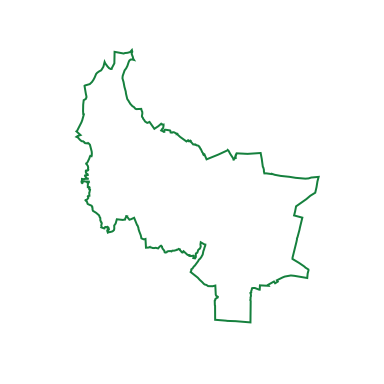 the district of Husi, Vaslui, Romania, rotated 21°
{"feature_id": "2599482B45032832471222", "entity_name": "Husi", "entity_type": "district", "adm_level": 2, "iso_a3": "ROU", "parent_name": "Romania", "parent_adm1": "Vaslui", "projection": "mercator", "projection_center": [28.068, 46.676], "detail": "fine", "context": "isolated", "style": "outline", "palette": "green", "viewbox_px": 384, "rotation_deg": 21, "n_neighbors": 0, "source": "geoboundaries", "source_scale": "gbopen_adm2", "svg_char_len": 5967}
<svg xmlns="http://www.w3.org/2000/svg" viewBox="0 0 384 384"><g transform="rotate(21 192 192)"><path d="M128.0,260.1L128.7,259.3L129.5,259.0L131.6,257.5L132.3,256.6L132.8,255.4L132.6,254.1L131.4,251.2L132.0,248.8L131.6,244.4L137.3,242.9L139.4,241.7L139.2,240.7L139.4,239.0L139.2,238.1L139.4,238.0L139.8,238.2L140.2,238.0L140.3,238.4L143.5,240.3L144.9,239.2L147.2,236.8L152.6,242.6L153.1,242.7L154.9,244.8L155.3,245.7L156.9,247.7L159.7,250.8L161.4,253.4L163.8,253.5L164.5,253.2L165.4,252.5L169.0,260.5L171.4,259.4L172.2,258.6L172.3,258.8L173.8,258.4L175.3,258.4L176.8,257.9L178.1,257.1L180.6,256.8L181.1,255.3L182.0,253.5L182.4,253.2L183.6,253.8L183.8,254.3L184.8,255.4L187.1,256.7L188.1,258.1L188.8,258.1L189.9,257.4L190.3,256.3L191.4,255.6L193.0,254.9L194.2,254.8L194.5,254.0L194.7,253.8L196.3,253.2L198.1,251.9L198.4,251.4L199.2,251.1L199.9,249.9L201.3,249.9L201.6,250.6L203.4,251.4L203.8,251.8L204.6,252.0L205.0,251.8L205.1,250.8L205.3,250.3L210.4,252.3L212.3,251.8L212.5,252.6L214.0,252.2L216.2,250.9L216.5,251.0L216.8,251.8L216.9,253.2L218.6,252.9L218.9,251.4L217.7,248.4L217.7,247.9L218.7,246.8L218.6,243.9L219.0,242.9L219.4,242.6L219.7,241.8L219.7,239.8L218.7,238.0L218.2,235.8L222.5,236.5L223.3,236.3L223.6,237.3L223.6,239.7L223.8,241.0L223.8,243.1L224.4,246.6L224.1,248.4L224.0,249.4L223.4,251.5L222.7,252.7L222.5,254.4L221.0,259.8L220.4,260.9L219.9,263.2L219.1,264.3L219.1,264.8L219.5,265.5L219.4,267.2L228.1,269.9L230.6,271.2L233.9,272.5L235.9,273.5L237.0,273.8L238.8,273.6L240.8,274.1L245.0,272.6L247.3,271.0L251.0,279.4L251.8,280.2L253.7,280.6L253.8,281.3L252.8,282.4L252.1,283.8L252.3,284.1L252.4,285.1L252.2,285.4L253.9,289.5L254.3,289.9L259.4,303.0L269.3,300.1L271.4,299.6L278.9,297.0L293.3,292.8L285.8,272.6L285.1,272.0L285.1,271.0L284.5,269.7L284.3,267.9L283.5,266.2L282.7,265.4L283.3,264.6L282.8,263.4L282.8,261.8L282.5,260.4L283.2,259.8L285.0,259.1L289.7,259.1L290.2,258.9L288.9,254.8L297.2,252.1L296.3,251.4L300.6,246.2L302.3,247.4L304.2,244.9L302.9,244.0L307.1,239.4L308.9,237.7L314.2,234.5L317.5,233.6L330.4,231.0L329.2,226.7L328.8,223.2L328.4,222.6L324.8,221.9L324.1,221.5L322.7,221.1L317.2,219.8L309.8,218.5L309.4,217.4L307.4,201.3L307.0,198.7L306.6,197.7L306.7,196.5L305.9,188.8L305.5,186.5L304.2,176.4L295.7,177.3L295.2,173.1L294.3,168.1L301.3,157.7L303.8,153.1L307.3,148.5L306.5,142.8L305.3,137.1L304.8,132.5L298.1,135.8L296.0,137.5L293.1,138.9L283.8,141.6L277.6,142.9L269.0,145.2L263.0,146.3L260.0,146.4L260.0,146.7L254.6,148.0L252.9,148.7L251.8,147.1L251.1,145.4L249.8,143.6L249.1,143.1L245.2,136.0L242.1,131.0L230.2,136.5L219.8,139.9L219.9,142.2L220.0,143.2L221.0,145.5L219.7,143.7L219.8,145.5L219.4,146.4L219.3,147.7L219.0,146.4L217.9,145.5L214.0,142.7L211.2,140.3L210.3,140.0L210.3,140.3L203.1,147.7L193.9,156.3L190.1,152.4L189.5,153.2L188.8,152.6L188.2,151.7L187.4,151.3L184.9,148.8L184.6,148.8L183.4,147.7L182.9,147.5L182.8,147.2L181.9,146.7L180.8,146.5L179.6,146.8L178.3,146.4L178.0,146.8L177.5,146.6L176.1,147.2L173.4,145.7L172.5,145.6L172.3,145.3L172.5,144.8L172.0,144.6L170.8,145.8L170.2,145.7L170.0,145.2L169.8,145.1L168.7,146.8L161.1,144.8L157.8,143.5L157.7,143.0L157.5,142.9L156.8,143.5L156.5,143.0L153.7,142.7L152.8,143.0L152.6,143.3L151.9,143.6L151.9,143.8L150.7,144.1L149.7,142.5L149.4,142.4L144.8,143.4L144.1,143.8L144.3,144.9L144.6,145.7L144.0,146.0L143.1,145.7L141.2,145.6L141.6,143.7L142.1,142.6L141.7,140.3L141.3,139.3L140.8,139.7L140.1,139.4L139.3,139.8L138.7,139.4L137.0,142.6L134.2,146.5L127.2,141.8L125.7,143.4L125.3,143.5L122.9,143.0L121.5,141.9L120.1,141.1L119.4,140.2L118.7,139.9L118.1,139.2L117.9,138.5L117.6,136.8L116.9,135.1L115.7,133.9L114.8,132.6L110.5,134.5L109.4,134.6L107.3,133.5L105.6,133.2L102.6,131.7L101.6,130.8L100.6,130.2L100.1,129.6L98.6,128.7L98.1,128.2L95.1,123.8L94.1,121.9L91.2,118.0L88.7,113.9L86.8,111.4L86.3,110.7L85.7,108.5L85.5,102.6L86.2,100.2L86.5,97.4L86.3,93.6L86.4,91.8L87.2,90.4L88.6,89.7L90.5,89.5L89.3,88.6L88.5,87.3L86.1,84.6L86.0,82.5L85.0,81.0L84.1,83.5L82.0,85.1L79.6,86.3L78.6,87.2L69.5,88.9L73.4,99.7L72.8,104.7L72.9,105.9L72.0,106.3L70.2,106.1L68.2,105.1L64.9,103.0L63.8,101.9L64.4,106.8L63.8,110.1L63.5,111.1L62.2,112.5L60.8,114.6L60.2,116.1L60.1,119.8L59.8,122.5L59.2,125.1L57.9,127.9L53.9,130.9L53.6,131.4L57.8,138.5L59.2,140.6L59.6,141.8L59.4,142.7L59.5,143.2L58.0,145.1L59.1,149.4L61.3,155.5L62.4,157.9L62.5,158.2L63.2,158.2L63.8,164.3L63.8,166.6L62.8,176.2L62.4,176.8L67.5,178.8L65.2,180.7L64.4,181.9L66.0,182.0L68.6,183.4L70.7,184.1L72.3,183.7L72.6,183.9L73.5,184.0L73.9,184.5L74.7,184.7L77.2,184.0L77.4,183.5L78.5,183.8L79.8,184.5L83.8,190.1L84.6,191.7L85.4,194.1L85.4,194.6L84.1,194.7L84.0,195.5L84.1,197.6L83.8,201.4L83.6,202.3L83.1,203.2L82.3,203.3L83.7,203.8L85.4,205.0L86.3,206.3L86.4,207.1L87.2,208.3L87.2,208.7L86.8,209.0L86.9,209.3L86.6,209.6L85.9,209.6L85.3,210.0L85.3,210.4L85.9,211.7L86.4,212.3L88.3,212.9L88.6,213.5L86.3,214.7L86.2,215.1L86.8,215.8L88.1,216.3L88.8,216.9L89.4,217.1L90.9,216.6L87.4,218.1L86.4,218.8L84.6,219.2L85.1,220.7L85.1,221.8L85.4,222.0L85.6,222.8L86.3,223.1L86.5,222.9L86.5,221.4L87.2,220.7L88.9,220.4L90.2,219.9L90.3,220.3L90.7,220.7L91.4,220.8L91.2,219.8L91.4,219.5L92.7,218.9L92.3,219.4L91.9,220.9L92.2,222.8L93.0,224.8L94.3,224.2L94.6,224.3L95.0,224.9L94.7,225.7L94.8,226.0L95.1,226.3L96.0,226.4L96.1,226.8L96.1,227.7L96.4,228.7L96.3,229.4L96.5,230.0L97.6,232.3L96.3,233.2L96.3,233.5L97.1,234.3L97.3,234.7L96.7,236.8L95.5,237.7L95.5,237.9L97.6,238.9L98.7,240.4L99.2,240.6L103.2,240.8L104.3,241.7L104.2,241.9L105.2,243.3L105.4,244.0L106.3,245.1L110.0,245.8L113.6,247.1L114.9,248.6L115.5,248.9L116.1,250.0L116.5,251.2L116.9,251.5L117.6,252.5L118.0,252.5L118.6,253.3L118.8,253.3L119.1,253.9L119.2,255.6L120.1,257.0L120.0,257.5L123.1,257.5L123.3,257.4L123.2,256.4L123.6,255.7L124.7,255.5L125.4,254.8L126.6,255.1L127.2,255.7L126.7,256.5L127.2,256.7L127.4,256.5L127.8,256.8L127.6,257.2L126.8,258.1L127.0,258.2L127.4,258.0L127.6,258.1L127.9,258.6L127.3,259.3L128.0,260.1Z" fill="none" stroke="#15803d" stroke-width="2"/></g></svg>